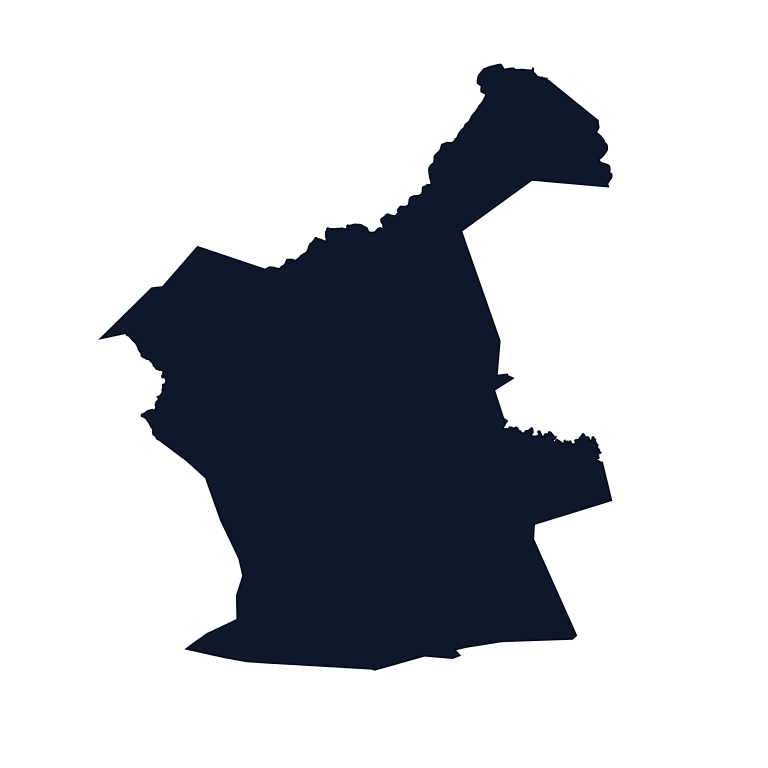 Gualaco, Olancho, Honduras, rotated 348°
{"feature_id": "27666195B37652459733493", "entity_name": "Gualaco", "entity_type": "district", "adm_level": 2, "iso_a3": "HND", "parent_name": "Honduras", "parent_adm1": "Olancho", "projection": "mercator", "projection_center": [-86.008, 15.224], "detail": "fine", "context": "isolated", "style": "filled", "palette": "ink", "viewbox_px": 768, "rotation_deg": 348, "n_neighbors": 0, "source": "geoboundaries", "source_scale": "gbopen_adm2", "svg_char_len": 6154}
<svg xmlns="http://www.w3.org/2000/svg" viewBox="0 0 768 768"><g transform="rotate(348 384 384)"><path d="M230.2,211.0L187.6,243.0L176.9,241.9L116.2,280.6L141.7,280.6L142.0,280.8L142.7,282.9L144.2,283.7L147.5,289.4L149.6,292.4L150.8,296.3L151.0,299.3L153.0,304.2L152.4,306.1L154.2,308.0L155.5,308.8L156.8,310.2L159.5,311.3L160.8,313.8L162.2,315.8L162.3,318.3L163.3,319.5L164.2,321.9L165.8,322.6L167.0,323.7L169.7,324.3L171.1,326.3L171.0,326.7L170.0,327.2L169.6,328.9L168.4,329.8L168.2,331.0L168.6,331.7L170.0,331.4L170.5,332.2L171.4,332.9L171.4,334.4L171.7,335.3L170.4,337.7L169.1,338.5L167.3,338.7L167.0,341.6L165.6,343.9L165.7,345.6L165.3,346.4L162.1,349.2L159.7,349.4L160.2,351.4L160.1,352.6L159.7,353.0L157.7,353.9L157.4,354.2L157.0,355.3L156.1,356.5L156.1,359.2L154.9,361.4L154.3,362.0L153.9,362.2L153.4,362.0L152.6,361.1L152.0,360.8L147.1,361.2L143.8,362.7L140.5,363.4L140.1,364.9L140.4,365.4L141.3,365.8L143.3,367.5L144.5,369.4L146.3,373.8L146.9,377.0L148.5,380.0L147.6,384.4L147.8,385.7L149.3,387.1L150.2,389.0L150.1,389.7L150.5,390.6L153.8,393.2L154.1,393.9L175.4,418.3L190.1,438.7L196.0,483.3L205.9,524.6L206.2,542.3L195.9,560.4L191.4,583.9L159.1,591.5L146.8,596.8L135.3,602.0L170.7,618.1L191.5,626.7L214.0,633.1L312.4,660.0L315.5,661.7L367.1,658.3L393.9,666.4L401.8,665.3L398.0,658.7L408.7,658.4L443.0,660.1L448.6,660.8L515.3,672.6L519.9,669.9L497.8,566.8L501.8,552.4L582.3,545.1L581.2,506.0L578.8,505.1L577.8,503.7L576.4,502.8L575.9,501.9L576.3,501.1L578.3,501.2L578.9,500.9L578.5,499.7L579.0,498.9L578.4,498.0L578.4,497.4L579.5,497.0L580.2,496.4L581.5,496.6L581.8,496.3L581.6,495.9L580.8,495.4L581.0,494.7L580.8,493.0L580.5,492.3L580.2,492.1L579.3,492.4L579.8,489.2L580.5,488.2L579.6,486.9L578.8,484.0L579.3,482.1L578.1,480.7L577.7,479.3L576.8,479.3L575.9,481.7L575.1,482.5L574.3,482.5L574.0,482.2L573.5,480.2L572.7,478.5L572.2,478.1L570.9,478.0L570.0,477.6L569.5,476.6L569.4,475.1L568.7,474.2L568.1,474.2L567.6,474.5L566.2,475.9L564.7,476.9L563.0,478.7L561.7,478.8L559.9,478.5L559.2,478.7L558.9,479.1L559.2,480.7L559.1,481.4L558.1,482.2L556.6,482.5L554.8,481.1L554.7,479.1L554.2,478.5L553.6,478.6L553.1,479.7L552.5,479.9L551.7,479.2L551.7,478.3L550.0,478.3L549.2,476.8L548.3,477.6L547.6,479.6L547.2,479.8L545.3,478.4L544.4,476.9L541.7,474.4L540.6,474.5L540.0,475.9L539.5,476.3L538.9,476.3L538.2,475.9L537.5,474.8L537.6,473.8L540.6,472.7L541.2,471.4L540.9,471.2L540.1,471.1L539.5,470.8L537.6,466.7L536.3,465.4L535.5,465.2L535.0,465.4L534.2,467.4L532.2,466.5L531.2,466.5L530.6,466.8L529.4,468.5L528.9,468.6L527.9,468.6L527.5,468.1L527.5,466.1L526.7,464.1L526.7,462.7L526.4,462.4L525.7,462.2L525.0,462.4L524.5,462.8L525.3,464.8L525.2,465.6L524.8,466.1L521.9,466.8L519.8,466.2L518.4,466.0L517.6,465.5L517.4,464.9L517.6,464.3L519.4,462.6L519.8,461.8L520.0,459.1L519.7,458.1L519.4,457.6L518.5,457.8L515.6,459.7L513.0,459.2L511.1,460.9L510.3,461.2L509.5,460.7L507.7,460.4L507.6,460.0L508.0,458.7L506.0,457.4L505.6,455.3L504.8,453.9L503.5,453.9L501.5,454.4L499.5,452.7L498.0,452.3L497.5,452.5L496.6,453.9L496.1,454.2L494.6,453.2L492.6,453.2L491.7,452.3L491.6,451.6L491.8,450.9L493.3,449.7L494.5,447.8L496.4,446.4L496.9,445.7L494.3,443.2L493.6,441.2L490.6,412.8L511.5,405.2L510.4,404.2L508.2,402.9L506.8,401.7L506.5,401.1L506.6,400.2L496.2,399.2L506.3,366.0L491.5,250.5L571.0,215.2L644.5,237.7L644.6,237.1L644.1,235.3L644.2,234.5L649.1,229.8L649.9,228.4L650.3,226.8L650.2,225.8L649.0,224.7L648.6,223.9L649.5,221.2L649.8,219.7L649.7,218.1L649.1,216.7L648.5,216.1L643.3,213.2L641.6,211.7L641.0,210.4L641.2,209.4L641.6,208.7L644.4,207.3L647.6,204.8L650.3,202.3L651.0,201.4L651.3,200.7L651.8,197.6L651.6,195.8L650.0,193.6L649.7,190.9L647.7,186.8L644.9,183.3L644.2,181.8L644.6,181.0L646.3,179.3L647.5,177.7L647.8,172.1L648.2,171.0L608.6,122.2L608.4,121.6L607.2,121.0L606.8,118.9L605.7,119.0L604.2,117.9L602.9,118.2L602.3,116.7L601.4,116.9L600.5,116.6L597.7,114.8L596.9,113.0L595.0,110.2L595.0,108.5L595.6,106.8L595.4,106.1L594.3,107.6L593.0,107.8L583.9,104.9L578.0,104.0L577.5,103.7L576.7,102.3L575.9,101.9L572.6,101.5L567.3,101.3L566.5,100.5L565.2,96.3L564.4,95.6L562.3,95.4L553.2,95.7L546.9,96.8L541.7,101.0L540.4,102.4L539.8,103.4L537.9,108.6L538.0,109.1L540.0,111.5L541.1,112.1L541.4,112.5L540.4,115.0L539.8,118.2L541.8,120.0L542.8,120.6L544.0,121.9L543.7,122.7L539.7,127.8L538.4,129.1L534.9,131.7L533.2,133.7L529.6,137.1L525.4,140.3L522.3,144.4L519.9,145.9L517.7,146.9L515.4,150.1L513.2,151.2L511.0,152.8L509.2,154.7L506.8,158.2L505.0,159.0L502.7,161.4L500.4,162.2L495.5,160.9L490.4,161.8L490.0,162.3L488.2,165.8L486.8,167.6L482.3,170.3L480.9,171.4L480.3,172.4L479.6,175.7L478.5,178.0L477.9,178.5L475.9,179.2L474.9,180.0L473.3,181.8L472.4,183.5L472.0,186.5L471.7,191.7L472.0,196.8L471.8,197.7L471.3,198.4L470.5,198.8L467.5,198.1L467.0,198.3L466.0,199.4L464.2,199.0L463.3,199.3L462.5,200.2L461.7,203.3L461.0,204.8L460.3,205.8L459.3,206.4L456.7,206.9L451.9,206.2L449.5,206.7L448.4,207.2L447.2,208.4L446.2,211.8L445.2,213.7L444.5,214.3L442.4,214.9L439.3,214.4L437.5,213.7L436.8,213.8L434.0,216.0L433.5,216.7L433.3,217.7L434.1,219.7L432.4,220.1L430.4,221.8L429.6,221.9L428.1,221.4L425.1,220.0L423.4,218.7L422.6,218.5L421.6,218.7L419.1,220.6L417.6,221.0L416.2,221.6L415.2,222.6L414.9,224.0L415.2,225.6L415.9,226.8L416.1,227.8L415.9,230.6L415.6,231.4L415.3,231.7L414.5,231.6L412.7,230.5L411.8,230.4L410.2,230.9L407.7,232.8L406.4,233.6L401.9,233.0L400.6,231.9L399.9,228.3L399.1,227.1L397.1,225.8L394.8,223.6L393.3,223.0L388.5,221.7L384.4,221.9L383.0,221.7L381.4,221.1L380.7,221.5L380.0,224.1L379.2,224.5L377.3,223.9L375.1,222.8L372.9,222.8L370.2,222.2L367.5,221.9L362.9,220.7L361.8,219.9L361.2,219.7L360.5,220.2L360.1,221.4L358.5,223.5L357.7,227.1L357.7,230.5L357.4,232.2L357.2,232.5L356.5,232.4L352.3,229.6L349.5,228.1L348.2,226.9L347.2,226.8L345.9,228.3L343.5,230.3L340.7,231.7L339.1,234.0L337.4,237.1L335.3,239.3L332.6,239.9L331.3,240.6L329.4,241.1L327.8,242.7L326.0,243.4L323.8,244.8L322.0,244.5L320.4,243.2L319.7,242.9L314.9,242.2L312.7,245.4L311.3,246.8L309.8,247.5L308.0,247.8L306.7,249.2L305.9,249.5L302.7,248.4L300.7,247.1L299.0,246.8L296.7,245.8L295.4,246.0L291.6,247.3L230.2,211.0Z" fill="#0f172a" stroke="#020617" stroke-width="1.5"/></g></svg>